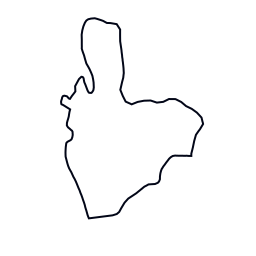 the district of Rassd, Abyan, Yemen, rotated 105°
{"feature_id": "15242507B3487968340126", "entity_name": "Rassd", "entity_type": "district", "adm_level": 2, "iso_a3": "YEM", "parent_name": "Yemen", "parent_adm1": "Abyan", "projection": "orthographic", "projection_center": [45.274, 13.725], "detail": "fine", "context": "isolated", "style": "outline", "palette": "ink", "viewbox_px": 256, "rotation_deg": 105, "n_neighbors": 0, "source": "geoboundaries", "source_scale": "gbopen_adm2", "svg_char_len": 2759}
<svg xmlns="http://www.w3.org/2000/svg" viewBox="0 0 256 256"><g transform="rotate(105 128 128)"><path d="M138.6,59.6L136.4,60.2L130.1,60.3L123.4,60.7L117.0,60.6L112.8,59.1L110.9,58.3L110.3,58.1L104.7,56.5L103.7,57.0L102.2,57.9L100.9,58.6L98.9,59.7L95.3,65.4L93.0,71.4L91.8,77.6L89.1,83.3L87.8,89.6L89.4,95.9L93.6,100.7L96.0,106.7L95.6,113.3L97.5,119.6L99.1,122.9L100.3,125.4L104.2,130.6L104.0,131.6L103.4,135.4L103.1,137.1L100.1,139.8L98.3,141.4L93.1,145.3L85.0,145.6L84.7,145.6L80.7,145.6L78.2,146.0L76.0,146.3L71.4,147.8L69.0,148.7L67.5,149.3L65.7,150.0L64.1,150.7L62.9,151.1L61.8,151.6L60.9,152.0L58.9,152.7L58.7,152.8L56.3,153.8L55.2,154.2L54.4,154.5L46.3,158.0L40.6,159.6L34.9,161.1L30.6,165.8L31.2,172.2L32.0,175.6L31.7,176.9L31.4,178.1L31.0,179.7L30.8,182.0L30.6,186.0L30.6,188.5L31.9,192.1L32.7,193.5L33.2,194.5L34.9,196.0L36.3,196.5L37.6,196.9L41.4,197.4L45.6,197.4L49.9,196.9L54.6,195.5L60.2,194.0L60.8,193.8L63.2,193.2L63.3,193.2L65.1,192.1L66.6,191.1L69.3,189.2L72.1,187.6L76.5,184.9L79.2,182.2L81.4,180.1L81.7,179.9L84.0,178.0L86.8,175.9L90.0,174.3L93.0,173.0L97.8,171.5L99.0,171.4L99.5,171.3L100.8,171.3L103.1,172.1L103.7,172.7L103.7,172.8L104.0,174.4L103.9,175.1L102.3,176.7L97.0,180.5L95.3,181.9L94.0,182.6L91.4,183.8L90.5,184.9L90.5,185.7L90.6,186.3L93.4,188.0L94.6,188.3L101.3,189.9L106.3,188.3L108.8,189.3L111.6,190.5L114.9,191.6L114.9,192.2L114.8,192.7L114.4,193.4L113.6,194.5L113.2,195.2L113.2,196.4L113.3,198.0L114.2,199.2L115.6,199.5L117.0,199.4L118.2,199.5L119.7,199.5L121.3,199.0L122.3,198.4L122.6,196.5L123.9,192.3L124.5,190.3L125.0,188.7L127.4,188.7L127.5,188.7L129.7,188.5L132.2,188.2L134.4,188.2L136.6,188.3L138.9,188.3L141.4,187.7L142.9,186.1L143.8,184.1L144.8,182.2L145.1,181.4L146.0,180.6L147.2,180.2L149.0,179.6L151.2,179.4L153.4,179.6L154.6,180.3L156.6,182.5L157.3,183.1L158.6,183.7L160.1,183.5L162.4,183.2L164.9,182.7L167.6,182.1L169.7,181.5L171.9,180.8L174.0,179.6L176.3,178.3L178.2,177.2L180.1,176.0L182.1,174.5L183.8,172.9L185.4,171.3L187.1,169.9L189.3,168.1L191.0,166.4L193.2,164.5L195.0,163.1L197.0,161.6L199.0,160.1L200.8,158.6L202.9,157.2L204.8,155.7L207.1,154.1L209.1,152.8L211.4,151.2L213.6,149.8L215.5,148.8L217.6,147.5L218.0,147.2L220.5,145.7L222.4,144.6L223.4,143.9L224.5,143.1L225.4,142.4L221.1,131.9L220.2,129.7L216.4,120.4L216.3,120.2L214.0,116.6L211.4,114.8L207.3,113.8L201.0,112.0L196.1,109.5L191.7,105.6L189.0,103.2L180.4,97.0L178.9,95.3L177.2,93.6L176.3,91.0L175.1,87.4L173.2,85.0L171.8,84.3L171.7,84.2L169.3,83.9L166.5,84.6L164.2,84.9L163.1,85.0L160.6,85.0L158.7,84.8L158.3,84.6L155.9,83.9L153.8,83.0L151.6,82.2L149.0,81.1L147.0,80.3L145.1,79.1L143.5,77.6L142.5,75.5L142.0,73.3L141.5,71.1L140.8,68.7L140.3,66.4L139.6,64.1L139.2,61.8L138.6,59.6Z" fill="none" stroke="#020617" stroke-width="2"/></g></svg>